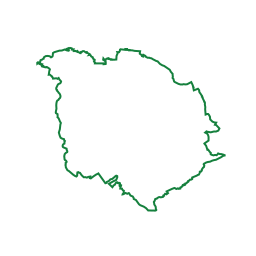 Pausesti, Vâlcea, Romania (Natural Earth projection), rotated 10°
{"feature_id": "2599482B2122771532441", "entity_name": "Pausesti", "entity_type": "district", "adm_level": 2, "iso_a3": "ROU", "parent_name": "Romania", "parent_adm1": "Vâlcea", "projection": "natural_earth1", "projection_center": [24.126, 45.067], "detail": "fine", "context": "isolated", "style": "outline", "palette": "green", "viewbox_px": 256, "rotation_deg": 10, "n_neighbors": 0, "source": "geoboundaries", "source_scale": "gbopen_adm2", "svg_char_len": 5706}
<svg xmlns="http://www.w3.org/2000/svg" viewBox="0 0 256 256"><g transform="rotate(10 128 128)"><path d="M228.7,138.2L226.6,137.7L224.5,137.5L222.8,137.7L221.2,137.4L220.8,138.3L220.0,139.4L218.4,139.4L216.9,140.1L214.6,139.8L213.8,139.2L213.9,138.2L212.6,137.3L210.7,135.4L210.0,135.7L208.0,131.9L205.9,130.1L206.0,129.9L209.5,126.4L208.9,122.8L208.1,121.1L207.0,119.8L204.8,119.1L205.9,117.7L206.6,117.9L210.2,117.9L213.3,116.5L215.3,116.2L217.4,114.9L218.1,112.6L214.2,109.7L213.1,109.7L213.9,107.4L212.2,107.5L210.1,107.1L207.5,105.3L206.7,102.6L205.3,100.9L204.5,100.3L203.4,100.5L202.1,101.3L200.7,96.0L200.5,94.0L199.6,91.5L199.4,89.9L199.0,89.1L198.4,88.9L198.3,88.3L196.3,85.6L196.2,84.8L195.3,84.4L195.3,83.5L194.0,82.3L193.4,81.5L192.3,80.6L191.8,79.7L191.8,79.3L191.4,78.3L190.1,77.2L186.3,79.5L184.9,76.0L185.1,76.0L183.9,74.0L182.3,71.8L178.7,74.6L177.1,75.1L175.0,75.2L174.1,75.7L172.1,76.0L170.1,75.8L165.8,74.5L165.3,74.1L164.1,71.6L163.2,71.0L163.2,69.3L162.7,68.0L162.6,67.0L160.4,65.2L159.0,63.4L152.8,60.6L150.9,60.3L148.3,59.3L145.6,57.2L144.2,57.1L140.1,55.8L139.1,55.3L137.5,55.3L136.9,55.1L135.1,55.4L132.7,54.6L132.6,54.0L130.5,53.3L130.4,55.0L129.4,54.8L129.5,53.9L128.5,53.7L126.7,52.8L126.6,52.3L126.6,50.3L121.2,50.9L118.4,50.8L115.9,51.3L115.9,50.9L113.2,51.3L113.2,50.4L111.9,50.6L111.9,51.0L111.6,51.0L111.7,51.5L106.9,51.8L106.5,52.3L106.6,53.4L106.0,54.9L104.3,55.1L104.8,55.9L104.8,56.3L104.2,59.0L104.6,62.6L102.3,63.2L100.0,63.4L100.1,63.6L99.4,63.7L99.4,63.2L97.0,63.4L97.1,62.8L96.4,62.6L95.7,63.1L94.8,63.5L94.0,64.5L93.4,64.8L92.6,64.6L91.7,63.8L91.7,65.1L93.2,65.7L93.9,66.2L94.3,66.0L94.8,67.8L94.6,67.9L94.8,68.9L92.9,69.4L92.8,68.6L84.2,70.1L84.2,69.3L83.0,68.5L83.4,67.4L83.3,66.6L82.2,66.5L82.0,65.8L81.0,65.0L81.0,64.5L79.3,63.9L78.8,63.3L78.7,63.0L77.9,62.5L77.1,62.8L77.4,62.3L77.4,61.9L74.9,61.1L74.3,60.3L74.0,60.4L73.7,61.1L71.4,60.0L70.3,60.1L69.6,60.6L69.3,61.2L68.5,61.3L68.4,62.5L67.9,62.6L66.7,62.0L65.3,61.9L65.0,61.1L64.7,60.9L64.6,61.0L64.7,61.4L64.4,61.6L63.8,61.6L62.9,61.2L61.3,61.7L60.9,61.5L60.9,60.9L60.4,60.5L60.6,60.0L59.9,60.1L59.1,60.4L59.0,59.6L58.8,59.3L57.0,59.2L56.1,59.9L55.7,59.6L54.3,60.5L56.3,61.7L56.1,62.2L54.4,62.2L52.0,61.7L49.4,63.2L47.1,63.7L42.3,66.1L41.1,67.2L41.3,70.1L41.1,70.8L40.1,71.7L39.8,71.8L38.9,71.1L37.9,70.9L36.2,71.0L34.5,71.5L33.1,72.8L32.9,73.1L32.9,74.4L32.4,74.6L31.4,75.7L30.3,76.2L30.0,76.6L30.1,77.8L29.9,78.4L29.4,78.8L27.7,79.0L27.3,79.6L27.5,80.4L28.2,79.6L28.5,79.5L29.6,80.3L30.6,79.6L31.4,80.1L32.3,80.1L32.2,80.4L31.4,80.7L33.2,81.3L32.4,82.0L32.6,82.3L36.1,82.6L37.1,82.4L37.1,82.1L37.7,82.1L39.4,82.8L40.4,83.3L40.9,83.9L40.6,85.4L40.7,89.2L41.1,89.0L42.0,89.1L42.7,89.7L43.4,89.9L44.0,90.6L44.3,90.5L45.1,91.4L45.6,92.4L48.3,91.6L49.1,91.5L50.0,91.8L51.0,90.8L52.0,92.1L54.0,93.7L53.9,94.9L53.5,95.7L51.9,96.8L51.4,97.4L50.4,101.0L50.5,101.9L50.9,102.7L51.4,102.8L51.8,103.8L52.7,104.3L53.5,105.3L54.5,105.9L55.3,106.9L56.0,108.3L56.0,109.7L55.8,110.3L55.0,111.3L54.6,112.4L53.6,113.3L53.3,114.1L53.2,116.0L53.4,118.1L54.2,121.5L54.1,124.1L54.2,125.4L54.4,125.8L56.2,126.6L56.8,129.2L56.7,129.6L58.1,130.6L59.8,133.3L61.0,134.7L60.8,136.3L61.1,141.1L60.7,144.5L62.1,147.4L63.3,149.3L65.0,149.9L66.9,150.1L67.5,151.6L68.1,151.8L67.9,152.8L68.1,154.4L67.2,155.1L66.8,155.9L66.7,156.5L66.9,157.6L67.2,158.0L67.8,158.3L71.1,159.0L71.4,160.2L71.8,160.6L72.3,161.5L72.3,162.3L71.0,163.4L70.2,164.7L70.1,166.8L71.0,169.9L71.4,170.4L72.6,170.9L73.4,171.8L73.4,172.3L72.6,173.3L73.0,174.3L72.8,175.3L73.2,176.0L73.6,177.5L75.7,180.1L77.2,180.6L82.3,183.6L84.4,184.5L85.6,184.7L86.1,184.0L86.2,183.1L86.0,182.6L85.9,180.5L86.8,180.1L87.3,180.5L88.5,180.5L90.6,182.6L93.0,184.2L94.6,183.8L96.1,184.0L97.3,183.1L99.4,182.3L99.6,183.1L99.3,184.0L100.1,184.1L102.7,181.3L104.8,179.3L106.3,178.3L106.7,177.9L115.3,186.3L116.3,185.8L116.6,184.7L118.2,183.7L119.6,181.6L121.5,180.8L121.8,180.5L122.3,179.8L122.3,179.5L123.3,178.7L123.8,177.8L124.7,177.0L125.7,177.2L126.0,178.3L125.4,181.2L122.7,183.1L118.9,186.3L122.9,189.0L123.8,187.0L125.0,186.0L125.3,184.7L126.0,183.6L126.6,183.3L127.2,184.0L128.0,184.1L128.5,183.5L129.4,183.6L129.7,183.8L129.8,184.7L129.6,185.9L129.9,186.3L130.0,186.8L130.5,186.9L130.6,185.4L131.2,185.6L131.2,186.2L130.7,187.4L130.9,187.8L130.9,189.0L132.6,188.8L132.8,189.3L133.8,190.2L134.8,190.5L134.9,192.1L135.2,192.6L134.2,194.1L134.2,194.3L135.1,193.9L136.8,192.4L138.7,192.9L139.9,192.0L140.3,192.0L142.2,194.1L144.5,194.6L145.6,195.7L146.0,196.9L148.3,197.5L152.1,201.2L153.5,201.9L157.2,202.7L159.7,203.8L162.2,205.7L169.2,204.6L169.9,204.2L170.1,203.9L170.0,203.5L169.5,203.0L169.0,200.9L168.6,200.3L167.2,198.8L166.9,197.7L166.3,196.4L166.3,196.2L166.8,195.5L167.0,194.1L167.4,193.5L167.3,193.1L168.7,192.5L169.0,191.9L170.3,190.8L171.2,190.5L172.3,190.6L174.4,189.8L174.7,189.4L174.5,188.5L175.3,188.3L175.2,187.8L176.0,186.3L176.7,186.4L177.1,186.2L177.5,186.5L178.7,185.2L177.1,183.7L181.8,180.4L184.1,179.0L184.8,179.1L185.5,179.5L186.5,179.6L187.2,178.9L188.4,179.1L188.8,178.6L189.6,178.8L190.1,178.5L190.0,177.4L191.2,176.6L191.5,175.7L192.0,175.4L191.9,174.6L192.3,174.4L193.1,174.4L193.0,173.8L193.2,173.7L194.2,173.8L194.3,173.3L194.1,172.7L195.4,172.0L195.6,171.3L196.6,170.6L196.4,169.8L197.5,169.1L197.8,168.2L199.3,167.8L200.1,167.1L200.1,166.7L199.8,166.3L199.8,165.6L204.1,162.9L204.7,162.2L205.8,161.7L206.0,161.3L206.5,159.4L206.3,158.7L206.6,158.3L207.6,158.1L208.1,157.0L207.9,156.0L208.2,155.5L208.8,154.0L209.5,153.4L209.7,151.9L208.8,150.5L209.1,149.9L210.0,149.3L210.7,148.6L212.3,147.7L214.7,146.9L216.5,145.6L218.3,144.7L220.2,144.0L224.6,140.7L226.4,139.0L227.2,138.5L228.7,138.2Z" fill="none" stroke="#15803d" stroke-width="2"/></g></svg>